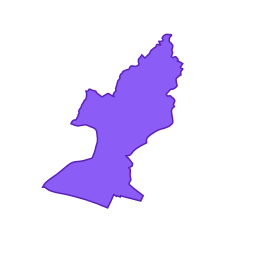 Ba Don, Quảng Bình, Vietnam (Natural Earth projection), rotated 129°
{"feature_id": "81297802B46228878369339", "entity_name": "Ba Don", "entity_type": "district", "adm_level": 2, "iso_a3": "VNM", "parent_name": "Vietnam", "parent_adm1": "Quảng Bình", "projection": "natural_earth1", "projection_center": [106.332, 17.736], "detail": "fine", "context": "isolated", "style": "filled", "palette": "violet", "viewbox_px": 256, "rotation_deg": 129, "n_neighbors": 0, "source": "geoboundaries", "source_scale": "gbopen_adm2", "svg_char_len": 5068}
<svg xmlns="http://www.w3.org/2000/svg" viewBox="0 0 256 256"><g transform="rotate(129 128 128)"><path d="M202.9,93.5L200.3,94.2L196.3,95.1L191.9,96.3L188.7,97.1L188.4,94.0L187.6,94.1L186.6,90.6L185.2,91.1L184.2,88.5L176.7,72.1L174.5,72.7L171.0,73.6L171.2,80.5L171.3,85.7L171.2,89.3L171.1,91.3L170.8,91.9L170.4,92.3L169.3,92.7L166.5,93.1L165.3,94.5L163.8,96.3L160.2,99.0L158.6,100.3L158.4,102.3L154.9,100.8L152.8,102.0L152.0,105.2L151.1,109.0L151.5,109.1L151.3,110.3L151.1,111.2L150.8,112.1L149.7,110.8L148.8,109.9L148.2,109.6L147.5,109.4L146.2,109.2L143.7,109.2L141.8,109.1L139.3,108.7L136.7,107.9L135.4,107.5L131.8,106.0L129.1,104.8L128.2,104.3L127.8,104.3L127.4,104.4L127.0,104.9L126.3,105.7L125.4,106.3L124.4,106.7L123.4,106.8L122.0,106.8L119.9,106.4L117.6,105.8L114.8,104.9L112.2,103.9L109.5,102.6L107.2,101.1L105.4,99.7L104.1,99.0L102.6,98.1L102.0,97.8L100.5,97.1L99.3,96.8L97.5,96.5L96.2,96.5L95.2,96.9L95.0,97.1L94.2,97.7L92.9,99.1L91.2,101.0L89.6,102.7L88.6,103.8L87.3,105.0L85.8,105.7L84.7,105.8L83.4,105.7L82.1,105.4L81.2,107.6L80.1,107.8L79.5,108.0L78.5,108.4L77.8,108.4L77.5,108.7L77.0,109.4L76.6,110.4L76.4,111.5L76.4,113.6L76.4,115.3L76.4,115.7L76.6,116.0L77.2,116.4L78.1,116.8L78.3,117.0L78.3,117.5L78.0,118.9L77.8,119.6L75.7,119.5L73.4,119.4L72.2,119.4L71.1,119.1L70.6,118.8L70.0,118.1L69.7,117.6L68.1,116.9L66.7,116.5L65.7,116.4L64.7,116.3L64.2,116.4L63.8,116.9L63.2,117.9L61.6,119.6L60.1,121.2L59.5,121.6L58.8,121.6L57.6,121.6L56.4,121.2L55.2,121.1L54.7,120.9L54.1,120.4L53.6,120.3L53.3,120.3L52.8,120.9L52.1,121.6L51.6,122.1L50.9,122.3L49.3,122.5L48.0,122.5L47.7,122.6L47.5,122.9L47.6,123.2L47.8,123.6L48.2,124.2L48.2,124.6L48.1,125.1L48.0,125.3L47.8,125.5L46.7,125.6L45.3,125.7L44.5,125.9L43.5,126.0L43.8,128.0L44.2,130.0L44.5,130.7L44.8,131.3L44.8,131.7L44.8,131.9L44.6,131.9L44.4,131.9L44.1,131.6L43.7,131.9L43.1,132.5L42.8,134.1L42.5,135.4L42.7,136.0L43.4,136.6L44.2,137.0L44.7,137.1L45.0,137.3L45.2,137.9L45.2,138.7L45.2,139.2L44.9,139.5L43.9,139.7L42.1,140.4L41.2,140.9L40.2,142.6L39.4,143.2L38.5,143.5L37.3,144.0L36.1,144.8L35.5,145.4L35.2,146.7L34.9,148.2L34.9,149.1L34.9,149.9L34.8,150.3L34.3,150.9L33.2,151.5L32.6,152.1L31.9,152.5L30.9,152.6L29.6,152.4L28.4,152.6L28.3,153.0L28.4,153.4L29.3,154.5L30.1,155.8L30.7,156.7L31.5,157.4L32.7,158.0L33.8,158.4L34.7,158.4L35.5,158.3L36.3,158.2L36.6,158.1L36.8,157.6L37.2,156.6L37.8,156.0L38.4,155.9L39.1,156.2L39.8,156.8L40.5,157.6L41.0,158.4L41.2,158.6L41.4,158.5L41.9,157.3L42.3,156.4L42.5,155.6L42.7,155.2L42.9,155.1L43.1,155.1L43.5,155.7L44.1,157.1L44.3,157.5L44.7,157.9L45.0,158.1L45.4,158.1L45.8,158.0L46.3,157.7L46.8,157.3L47.3,157.4L48.2,157.7L48.9,157.8L49.2,157.9L49.5,158.2L50.0,158.3L51.8,158.6L52.7,158.8L53.8,158.9L55.0,158.6L56.5,158.2L57.0,158.1L58.0,158.3L59.2,158.6L60.4,158.6L61.4,158.7L62.4,158.8L62.8,158.9L63.0,159.2L63.0,159.6L62.8,160.4L62.6,161.8L62.5,162.6L62.5,163.3L63.3,163.1L64.7,163.1L65.8,163.0L66.8,163.0L67.6,163.1L68.1,163.1L68.7,162.7L69.6,161.9L70.3,161.4L71.1,160.2L71.7,159.7L72.3,159.6L73.3,159.7L74.1,160.0L75.2,160.7L75.8,161.6L76.5,162.8L77.2,164.0L77.6,164.4L78.0,164.7L78.9,164.8L79.9,164.8L80.8,164.4L81.6,164.3L82.0,164.4L83.0,165.2L85.2,166.6L86.1,167.0L87.0,167.3L87.7,167.5L88.1,167.4L88.5,167.1L89.1,167.0L89.9,167.2L90.8,167.5L91.7,167.3L93.6,166.6L94.2,165.9L94.7,165.5L95.6,165.5L96.9,165.6L97.9,165.5L99.7,164.7L101.7,163.8L103.8,162.9L104.8,162.6L105.4,162.1L106.1,161.4L106.6,161.0L106.9,160.8L107.4,160.8L107.9,160.8L108.5,161.0L108.9,161.1L109.5,161.0L111.1,160.6L111.6,160.3L111.9,159.7L112.1,159.2L112.2,158.7L112.4,158.7L112.6,159.1L113.0,160.8L113.2,162.7L113.4,164.5L113.7,165.1L114.1,165.5L114.7,165.8L115.7,166.1L117.6,166.9L119.9,167.6L120.3,169.1L120.4,171.7L120.4,173.4L120.4,174.9L120.2,175.4L120.0,175.6L119.6,176.0L120.0,177.1L120.7,178.6L121.2,179.6L121.4,180.6L121.7,181.7L122.0,182.2L122.2,182.5L122.6,182.6L123.3,182.5L124.0,182.4L124.7,182.5L125.0,182.8L125.4,183.4L125.8,183.9L127.4,181.7L128.3,181.1L129.8,180.0L131.1,179.3L132.4,178.9L133.4,179.0L134.0,179.4L135.4,178.9L138.3,178.6L139.3,178.4L140.8,177.8L142.2,177.4L143.3,177.4L144.3,177.4L145.3,177.1L146.3,176.5L147.1,175.5L147.6,175.2L148.8,175.2L149.2,175.0L149.6,174.5L150.4,174.3L152.3,174.0L153.7,173.6L154.2,173.5L154.8,174.0L155.9,175.0L156.7,175.4L157.5,175.5L158.7,175.5L159.5,175.3L160.4,174.9L160.5,174.9L159.5,171.6L158.1,168.4L157.0,167.4L154.6,165.3L152.6,163.4L151.8,162.2L150.8,158.7L149.8,155.7L149.4,153.9L149.5,152.3L150.1,150.6L152.2,148.3L155.6,144.9L158.4,142.9L162.7,141.2L166.1,139.5L168.2,138.7L170.2,138.1L172.2,137.4L173.2,137.1L174.1,137.2L175.4,137.8L176.9,138.9L180.8,141.6L183.3,143.6L184.9,145.2L187.4,147.7L189.5,149.3L191.5,150.3L194.5,151.2L195.3,151.4L199.5,152.2L209.0,154.2L213.0,155.4L216.6,156.4L219.5,157.1L222.5,157.6L224.7,157.6L226.6,157.3L227.7,157.1L226.2,155.0L226.3,153.2L226.1,151.2L226.1,150.5L225.5,148.5L223.6,143.8L220.2,137.4L217.6,132.4L215.3,127.4L211.3,118.1L210.3,115.7L208.6,111.1L207.7,108.6L206.0,103.9L205.0,100.3L203.7,96.3L202.9,93.5Z" fill="#8b5cf6" stroke="#5b21b6" stroke-width="1.5"/></g></svg>